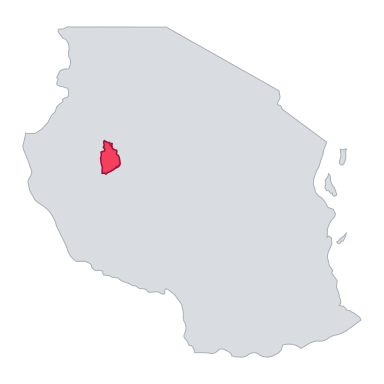 Urambo, Tabora, United Republic of Tanzania (highlighted)
{"feature_id": "72390352B58709749757029", "entity_name": "Urambo", "entity_type": "district", "adm_level": 2, "iso_a3": "TZA", "parent_name": "United Republic of Tanzania", "parent_adm1": "Tabora", "projection": "orthographic", "projection_center": [32.184, -5.233], "detail": "fine", "context": "in_parent", "style": "filled", "palette": "rose", "viewbox_px": 384, "rotation_deg": 0, "n_neighbors": 0, "source": "geoboundaries", "source_scale": "gbopen_adm2", "svg_char_len": 7436}
<svg xmlns="http://www.w3.org/2000/svg" viewBox="0 0 384 384"><path d="M133.2,285.9L128.3,283.2L123.8,281.7L120.1,279.9L118.4,278.1L115.0,277.5L112.0,277.2L109.2,275.6L103.5,275.0L102.9,273.9L102.8,271.6L101.8,270.9L99.7,270.3L97.5,270.4L96.1,270.7L95.3,270.5L93.5,269.1L91.7,267.4L91.1,264.5L88.5,262.7L85.5,261.3L77.1,261.4L75.8,261.0L73.8,259.5L71.5,257.2L69.6,254.5L67.9,250.8L66.2,245.8L56.5,226.0L55.5,222.3L53.7,218.1L50.6,213.0L47.3,209.2L42.9,205.8L37.8,202.4L35.1,200.1L29.9,190.8L28.8,186.4L28.0,181.9L28.3,180.0L31.5,174.2L31.8,172.5L31.4,170.3L29.8,165.7L27.8,160.0L23.6,149.8L23.0,147.2L23.1,145.2L25.5,134.8L25.4,133.3L35.1,133.5L42.1,128.9L48.2,122.0L49.5,119.2L52.0,114.8L54.4,112.6L55.3,111.1L56.8,106.7L60.0,103.7L63.1,101.4L62.5,99.8L62.9,99.2L64.6,98.1L68.0,97.0L68.6,94.7L68.6,92.1L68.1,90.7L68.2,89.0L67.7,88.1L65.5,87.8L62.2,86.5L59.5,86.0L57.7,85.3L57.0,84.7L56.7,83.1L58.2,79.1L56.7,77.5L60.0,70.9L60.7,70.1L61.9,70.0L63.8,69.3L65.6,68.9L67.1,69.2L68.2,68.9L69.1,68.2L69.9,65.9L70.6,62.1L70.2,59.1L68.8,56.7L68.4,53.1L69.1,48.3L68.6,44.3L67.1,41.1L65.5,39.2L63.0,38.3L59.2,33.4L58.0,31.0L58.3,29.6L59.6,28.9L62.0,29.1L64.3,28.6L66.4,27.2L68.5,26.8L69.6,27.0L166.2,27.1L278.7,90.6L279.1,91.4L280.0,96.8L279.8,98.6L278.0,101.7L277.5,103.4L277.5,104.5L277.9,105.0L279.4,105.1L280.6,105.9L281.1,106.5L282.0,108.8L283.3,110.0L325.6,141.4L326.5,141.8L325.9,144.4L323.4,150.7L323.3,153.3L322.3,156.4L321.4,158.4L318.8,167.2L316.7,170.5L313.9,178.2L313.3,184.2L314.8,188.3L315.4,192.2L318.6,196.1L321.2,197.5L322.9,199.2L326.0,203.3L327.7,207.3L333.3,209.3L335.5,213.8L334.6,216.9L332.0,219.4L329.5,223.5L327.4,228.9L327.2,237.2L328.6,236.0L331.5,238.1L331.8,244.2L328.6,251.3L327.6,254.6L327.4,257.4L329.5,266.0L332.7,270.4L332.4,271.7L331.6,272.9L337.1,280.6L336.5,287.3L338.6,292.5L339.4,297.0L340.7,300.5L340.9,302.8L339.1,305.5L343.3,306.2L345.7,308.4L346.8,310.4L349.8,310.4L351.4,311.8L353.7,313.0L358.8,316.5L360.2,318.3L361.0,320.0L346.4,330.7L341.2,333.5L337.5,334.7L333.6,335.4L329.8,337.1L326.2,339.7L321.6,341.1L316.1,341.0L310.3,342.8L301.1,348.4L295.8,345.2L291.7,344.2L286.9,344.2L284.0,344.6L282.9,345.3L282.0,347.2L281.1,350.3L277.9,353.3L272.4,356.1L267.3,357.2L262.6,356.4L259.5,355.2L257.9,353.5L255.5,352.7L252.3,352.8L249.2,354.0L246.3,356.2L241.6,357.2L235.2,356.8L231.7,355.7L231.3,353.8L228.5,351.6L223.4,349.0L219.6,349.0L217.1,351.4L214.9,352.9L212.9,353.5L211.1,353.6L208.5,352.9L201.4,352.6L194.6,352.7L194.0,349.2L192.6,347.0L191.4,345.7L189.1,345.4L188.5,344.4L187.7,342.2L186.6,340.4L185.1,338.8L184.2,337.4L183.9,336.1L184.1,334.6L185.6,331.0L186.0,328.5L185.9,326.0L185.1,323.4L183.6,320.3L183.7,319.4L183.2,317.3L183.2,315.9L183.5,314.0L183.2,311.6L181.9,306.4L181.9,305.1L180.4,302.6L176.0,296.7L175.8,295.9L168.7,290.0L165.9,288.6L164.9,289.8L164.5,290.8L164.8,292.7L164.6,293.6L164.3,294.1L162.7,294.0L161.6,293.8L158.9,292.2L156.9,291.8L151.7,292.0L149.9,292.4L148.4,292.1L145.7,289.3L142.5,288.7L139.6,288.6L134.9,285.5L133.2,285.9ZM334.4,187.6L336.6,194.2L336.3,195.4L334.6,196.2L333.8,196.2L332.8,195.2L332.1,192.9L330.8,193.4L328.7,190.8L326.6,190.6L324.8,187.4L325.6,184.7L325.2,180.0L327.5,177.6L328.8,173.6L330.3,176.4L330.5,180.7L332.5,185.8L334.4,187.6ZM346.1,148.7L346.2,150.2L345.7,151.7L345.8,156.3L345.6,159.4L343.8,163.7L342.3,165.2L341.1,164.7L340.0,164.0L339.2,162.8L341.0,155.0L340.2,149.2L343.5,149.8L346.1,148.7ZM340.0,243.2L338.3,243.6L337.7,243.2L336.7,241.9L338.5,240.8L340.2,238.7L344.2,235.7L346.1,233.2L345.8,235.6L343.4,240.9L341.5,241.2L340.0,243.2Z" fill="#d9dde1" stroke="#a8b0b8" stroke-width="1"/><path d="M106.1,174.0L106.3,173.9L106.6,173.6L107.0,173.2L107.2,172.8L107.3,172.8L107.4,172.7L107.5,172.6L107.8,172.7L108.0,172.6L108.3,172.3L108.3,172.2L108.5,172.1L108.4,172.1L108.6,172.1L108.9,172.0L109.0,172.1L109.3,172.0L109.4,171.9L109.5,171.9L109.8,171.8L109.8,171.7L110.0,171.6L110.3,171.5L110.4,171.4L110.7,171.3L110.8,171.2L111.0,171.0L111.3,171.0L111.4,170.9L111.5,170.8L111.5,170.7L111.8,170.5L111.9,170.4L112.0,170.2L112.3,170.2L112.5,170.2L112.9,170.2L113.0,170.1L113.3,169.9L113.6,169.7L113.7,169.4L113.8,169.2L114.1,168.9L114.3,168.9L114.5,168.8L114.9,168.7L115.0,168.7L115.3,168.4L115.5,168.2L115.6,167.9L115.7,168.0L115.8,167.9L116.0,167.7L116.3,167.5L116.3,167.4L116.3,167.2L116.5,167.3L116.6,167.2L116.8,167.3L117.0,167.1L117.3,167.2L117.3,167.3L117.5,167.2L117.7,167.3L117.8,167.3L117.9,167.2L118.0,167.1L118.0,166.6L118.0,166.4L118.0,166.2L118.3,166.0L118.4,165.8L118.5,165.7L118.6,165.8L118.8,165.9L118.9,165.7L119.0,165.7L119.3,165.7L119.5,165.7L119.6,165.3L119.5,165.2L119.6,164.9L119.5,164.7L119.8,164.5L120.0,164.4L120.1,164.2L120.2,163.6L120.1,163.2L120.0,162.8L120.0,162.3L119.9,161.6L119.8,160.7L119.7,160.0L119.6,159.7L119.5,159.2L119.5,158.8L119.4,158.7L119.3,158.2L119.3,157.8L119.2,157.7L119.1,157.3L118.9,156.8L118.9,156.6L118.8,156.4L118.7,156.2L118.5,155.9L118.4,155.8L118.3,155.7L118.2,155.4L118.1,155.2L117.9,155.1L117.7,155.1L117.5,154.9L117.4,154.8L117.1,154.7L116.9,154.5L116.8,154.4L116.5,154.1L116.4,153.8L116.4,153.4L116.5,153.2L116.7,152.9L116.7,152.7L116.7,152.3L116.8,152.0L116.8,151.7L116.8,151.4L116.8,151.0L116.8,150.9L116.8,150.6L116.7,150.3L116.3,150.3L116.1,150.3L115.9,150.2L115.7,150.2L115.4,150.1L115.2,150.0L114.9,149.9L114.7,149.7L114.3,149.5L114.2,149.5L113.9,149.5L113.8,149.4L113.7,149.5L113.4,149.4L113.0,148.8L112.9,148.6L112.6,148.3L112.5,148.2L112.3,147.9L112.2,147.8L112.2,147.7L112.1,147.4L112.0,147.2L112.1,146.8L112.0,146.7L112.1,146.4L111.9,146.3L111.5,146.3L111.4,146.3L111.4,146.1L111.2,145.8L111.3,145.8L111.4,145.7L111.6,145.4L111.7,145.1L111.8,144.9L111.9,144.7L112.1,144.6L112.1,144.1L112.2,143.9L112.0,143.5L111.7,143.5L111.2,143.5L110.8,143.4L110.7,143.5L110.1,143.9L110.0,144.0L110.0,143.8L109.8,143.3L109.6,142.9L109.2,142.4L108.8,142.4L108.4,142.5L107.9,142.5L107.5,142.5L107.3,142.4L107.0,142.1L106.8,141.9L106.5,141.8L106.4,141.7L106.2,141.6L105.8,141.5L105.5,141.5L105.3,141.3L105.1,141.2L105.0,140.9L104.7,140.6L104.4,140.7L104.2,140.8L104.1,141.0L103.9,141.1L103.8,141.4L103.7,141.7L103.8,142.0L103.9,143.0L103.8,143.4L103.9,143.6L103.9,143.9L104.2,144.4L104.2,144.5L104.2,144.8L104.3,145.0L104.3,145.4L104.2,145.7L104.1,145.9L104.0,146.0L103.9,146.0L103.8,146.3L103.6,146.5L103.5,146.8L103.5,147.0L103.4,147.6L103.4,147.8L103.6,148.0L104.4,148.3L104.5,148.4L104.6,148.5L104.6,148.8L104.7,149.2L104.7,149.5L104.7,149.9L104.6,150.1L104.5,150.3L104.6,150.6L104.7,150.8L104.6,151.0L104.4,151.0L104.0,151.2L103.9,151.2L103.8,151.3L103.7,151.3L103.2,151.4L102.9,151.4L102.7,151.4L102.6,151.5L102.4,151.7L102.0,151.7L101.9,151.7L101.7,151.8L101.4,151.8L101.2,152.0L101.1,152.3L101.0,152.5L101.0,152.8L101.1,153.1L101.3,153.4L101.2,153.8L101.2,154.1L101.3,154.5L101.3,155.1L101.2,155.8L101.0,156.6L100.8,157.3L100.7,157.9L100.6,158.1L100.5,158.3L100.6,158.7L100.6,158.9L100.8,159.2L100.8,159.5L100.8,160.0L100.8,160.5L100.8,161.0L100.9,161.4L101.0,161.8L101.1,162.1L101.1,162.7L101.1,163.0L101.2,163.3L101.2,163.6L101.4,163.9L101.4,164.2L101.7,165.0L101.8,165.2L101.8,165.5L101.9,165.9L102.1,166.3L102.2,166.6L102.3,166.9L102.2,168.3L102.2,168.9L102.2,169.7L102.1,171.1L102.1,172.1L102.1,173.0L102.3,172.9L102.5,172.8L102.6,173.0L102.8,173.3L102.9,173.2L103.0,173.2L103.3,173.2L103.5,173.2L104.0,173.3L104.2,173.0L104.4,173.1L104.5,173.4L105.1,173.5L105.3,173.4L105.5,173.6L106.0,173.6L106.1,173.8L106.1,174.0Z" fill="#f43f5e" stroke="#9f1239" stroke-width="1.5"/></svg>